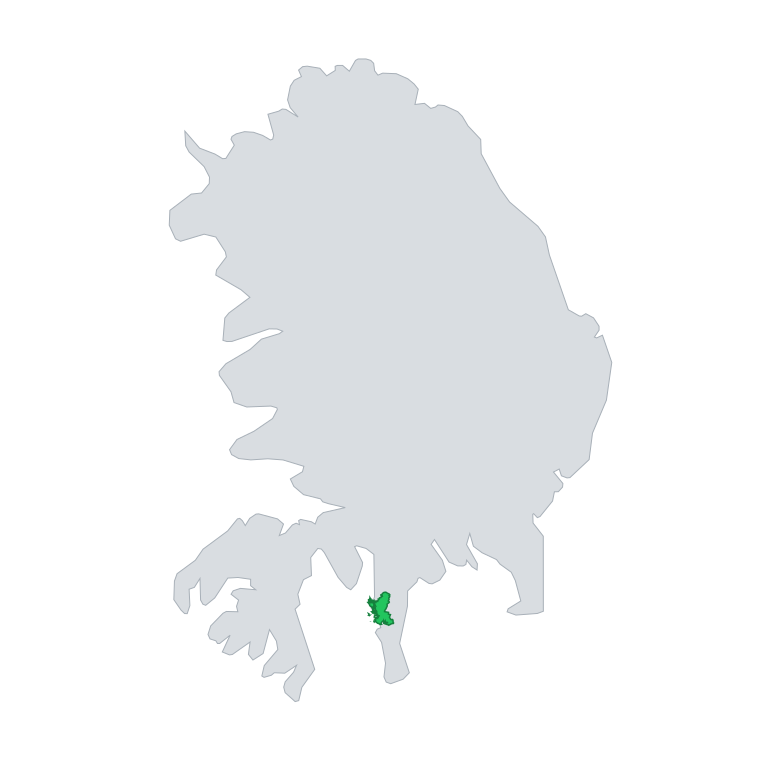 location of Helgafellssveit, Vesturland, Iceland, rotated 274°
{"feature_id": "244011B42475995928988", "entity_name": "Helgafellssveit", "entity_type": "district", "adm_level": 2, "iso_a3": "ISL", "parent_name": "Iceland", "parent_adm1": "Vesturland", "projection": "orthographic", "projection_center": [-22.792, 64.982], "detail": "fine", "context": "in_parent", "style": "filled", "palette": "green", "viewbox_px": 768, "rotation_deg": 274, "n_neighbors": 0, "source": "geoboundaries", "source_scale": "gbopen_adm2", "svg_char_len": 9035}
<svg xmlns="http://www.w3.org/2000/svg" viewBox="0 0 768 768"><g transform="rotate(274 384 384)"><path d="M571.7,195.7L578.2,195.5L588.3,189.4L601.8,173.4L607.8,169.6L622.4,167.7L606.4,183.6L601.6,199.3L597.5,207.3L598.0,210.5L611.8,218.0L617.5,214.3L620.3,215.1L623.2,219.1L626.0,227.3L626.0,236.3L623.5,245.6L619.5,253.7L620.5,255.9L624.6,256.6L645.0,249.4L648.8,259.9L651.2,263.3L651.1,267.0L644.3,279.7L653.2,271.1L660.7,268.0L674.6,269.8L680.7,273.2L684.9,280.2L691.2,276.9L694.9,280.7L695.7,285.2L694.5,298.0L687.4,305.3L693.4,313.5L697.5,313.1L698.5,315.1L698.9,320.5L693.6,327.6L704.8,333.0L706.4,335.4L707.0,343.4L705.9,348.2L703.2,351.3L695.8,352.8L691.7,356.4L694.0,361.0L694.4,374.6L690.1,386.5L685.4,393.1L680.5,397.6L665.0,395.4L666.8,404.8L662.2,411.4L663.9,416.1L666.1,418.4L666.0,424.8L660.8,438.6L656.4,443.5L647.3,449.8L634.7,463.4L620.5,464.9L587.2,485.9L574.3,496.6L552.0,526.6L542.0,534.8L524.2,540.0L470.9,562.7L465.5,574.0L465.4,576.4L468.2,580.4L464.6,588.4L456.6,594.5L452.7,594.8L445.5,590.6L444.8,592.9L447.9,598.5L421.4,609.7L383.4,607.0L349.5,595.4L322.9,593.9L303.6,576.0L303.1,573.1L304.8,567.4L311.4,564.7L308.0,559.2L297.2,569.4L293.6,569.3L288.7,565.4L288.4,561.5L279.0,560.3L262.7,548.9L261.4,546.3L265.1,542.3L264.4,541.5L255.7,542.4L243.3,553.5L168.4,558.8L165.8,553.0L162.7,531.7L165.3,522.7L168.4,523.5L177.1,535.6L197.1,528.7L205.1,524.1L212.4,512.3L216.7,508.5L222.5,493.6L228.4,484.5L240.9,480.0L229.6,477.5L211.2,489.7L204.9,489.8L207.8,484.5L214.1,478.7L209.7,478.3L208.0,475.7L207.7,470.2L210.9,461.3L232.4,445.2L227.3,442.2L212.3,454.5L201.4,458.8L192.3,453.4L188.0,446.0L188.2,442.8L193.4,433.3L192.5,431.5L188.9,430.6L179.2,422.0L164.0,422.9L126.3,417.7L97.7,429.4L90.9,423.7L85.5,411.6L86.8,407.0L91.8,404.4L105.6,405.0L126.1,399.6L135.4,392.7L139.0,394.4L140.7,397.8L153.2,392.6L159.9,386.5L171.1,389.4L213.3,385.8L218.7,377.6L220.7,368.0L219.7,366.0L204.4,375.1L200.8,375.0L182.9,370.4L176.4,365.2L178.5,360.9L187.9,351.7L211.7,336.2L215.0,333.0L215.3,329.4L205.8,323.0L187.8,325.0L183.2,317.3L168.3,312.7L158.4,315.6L153.2,311.0L94.5,334.8L75.7,323.2L62.2,321.0L61.0,317.5L69.2,306.9L74.6,305.1L80.0,306.2L90.2,313.9L97.3,316.4L88.6,305.2L88.3,294.7L85.6,291.9L83.0,284.8L84.2,282.5L94.8,284.2L111.7,296.6L120.1,294.6L131.0,286.9L106.7,282.2L99.5,272.5L104.8,267.6L117.3,268.4L103.6,251.6L103.0,248.7L105.4,241.4L122.7,248.0L113.7,238.2L113.5,236.0L116.1,234.2L117.6,228.2L121.9,225.9L130.6,228.0L144.1,239.4L146.1,242.6L146.6,254.1L151.9,252.4L158.3,254.0L163.6,246.1L167.2,248.0L170.1,255.0L169.8,270.4L173.5,265.0L179.9,264.6L180.8,251.9L179.5,241.7L158.8,230.1L150.8,221.6L151.7,218.7L155.7,216.1L177.2,214.0L167.9,209.0L165.7,203.9L149.4,205.8L141.2,203.7L141.1,201.1L144.3,197.3L154.2,189.4L172.8,188.7L180.3,190.8L195.0,208.1L206.6,215.0L226.5,238.3L239.2,247.2L239.9,249.5L237.8,252.2L233.1,255.5L240.6,259.4L245.3,265.4L245.7,268.1L242.0,287.2L237.3,293.5L225.5,290.1L228.5,296.1L237.0,302.4L239.0,306.0L237.8,309.5L241.8,308.4L243.1,310.3L241.5,321.2L239.5,325.1L246.5,327.2L251.5,332.4L258.0,354.0L260.7,337.2L262.2,331.1L265.0,328.7L268.0,311.5L275.6,301.2L282.7,297.2L290.8,308.8L296.3,309.8L301.2,288.6L301.3,273.3L299.0,256.4L299.5,244.3L302.9,236.9L307.7,234.5L318.4,241.2L327.8,257.6L341.8,275.3L351.2,279.4L352.8,278.7L354.1,272.7L351.5,248.7L355.0,235.7L365.6,231.9L381.1,219.2L384.8,218.6L393.2,224.9L409.2,248.1L420.2,258.6L426.9,276.1L429.6,279.3L431.4,273.5L431.0,265.6L415.9,229.4L415.4,224.4L416.3,220.3L438.7,220.6L444.0,224.3L461.1,244.2L468.0,234.9L480.9,208.6L486.1,209.0L499.8,217.9L504.8,216.5L518.9,206.0L520.9,194.1L512.2,171.1L514.3,165.9L527.4,158.7L542.3,158.3L560.0,178.5L561.8,188.7L571.7,195.7Z" fill="#d9dde1" stroke="#a8b0b8" stroke-width="1"/><path d="M145.6,398.6L145.8,398.2L146.5,398.5L147.1,398.9L147.7,399.7L147.6,399.9L147.9,400.0L146.4,400.4L146.5,400.9L147.1,401.0L146.9,401.4L147.0,401.6L147.6,401.8L146.7,402.1L146.4,403.2L146.2,403.4L146.4,404.1L146.1,404.2L145.6,403.3L145.5,402.6L146.2,400.9L146.4,400.8L145.8,400.4L145.2,400.5L144.1,404.4L144.2,405.1L143.7,405.6L144.4,406.6L144.6,407.2L145.2,407.8L145.4,408.7L145.7,409.2L145.8,410.1L146.3,410.2L146.5,409.8L149.1,409.4L149.7,408.9L149.7,408.3L149.4,407.9L149.6,407.1L151.7,405.7L154.4,406.5L154.6,404.5L156.5,404.5L156.9,400.8L157.1,400.7L157.1,400.4L158.0,400.5L159.8,401.6L162.8,402.7L164.6,402.4L166.1,404.1L166.8,404.5L167.5,404.1L167.8,403.3L169.7,404.1L170.5,403.7L171.3,403.8L171.6,404.3L172.6,404.5L173.2,403.9L173.4,404.4L174.2,404.5L175.2,403.3L175.3,402.3L176.2,401.0L176.4,400.2L176.3,399.3L175.9,398.1L174.7,396.9L173.8,396.7L173.4,395.6L172.3,395.9L172.9,396.9L172.1,397.2L171.7,396.6L171.7,396.3L170.7,395.8L170.3,394.4L169.3,394.1L169.0,393.3L168.5,393.7L167.6,393.0L166.8,392.9L166.8,392.6L166.6,392.3L166.8,392.1L166.6,392.0L166.7,391.6L167.2,391.3L166.4,391.6L166.6,391.4L166.5,391.1L165.9,391.1L166.2,390.6L166.4,390.2L166.1,390.2L166.0,389.9L166.3,389.7L166.1,389.6L167.4,389.2L167.2,389.0L166.6,389.3L166.8,388.7L165.6,389.3L165.9,389.7L165.6,389.6L165.7,389.9L165.2,390.2L165.5,389.9L164.9,390.0L165.1,389.7L164.7,389.7L165.1,389.5L164.9,389.4L162.7,390.7L162.8,390.5L162.6,390.3L162.8,390.2L162.3,390.4L162.4,389.9L162.8,389.9L162.7,389.8L163.2,389.4L163.6,389.7L163.8,389.4L163.6,389.2L164.7,388.7L164.9,388.2L165.2,388.4L165.5,388.2L165.5,387.7L165.3,387.8L165.5,387.0L166.7,386.7L167.1,386.2L166.3,386.6L166.1,386.4L166.2,386.2L166.4,386.0L166.3,385.7L166.0,385.9L166.0,386.4L165.7,386.4L165.9,386.6L165.7,386.8L164.4,386.6L165.4,386.3L165.6,386.0L165.1,386.3L164.9,386.1L165.4,385.5L166.3,384.9L165.5,384.9L165.8,384.4L165.1,384.1L165.5,383.6L165.2,383.3L164.7,383.7L164.7,383.4L163.1,385.0L162.3,385.1L161.5,385.7L161.3,386.0L161.2,386.7L159.6,388.0L157.3,389.0L156.7,388.4L156.2,388.9L155.9,388.7L156.0,388.4L155.8,388.3L155.8,388.0L155.5,388.4L155.6,388.2L155.3,388.1L154.9,388.5L155.1,388.6L155.0,388.9L156.2,389.2L156.1,389.4L156.8,389.0L156.9,389.4L157.5,389.3L157.5,389.5L158.8,389.1L159.3,389.8L160.0,389.1L161.7,388.5L160.4,389.3L160.9,389.3L160.4,389.6L161.0,390.2L160.8,390.4L160.4,390.3L160.7,390.6L160.5,390.9L160.3,390.9L160.5,390.6L160.4,390.6L159.8,391.0L158.5,391.0L156.9,392.5L156.1,392.7L155.7,392.3L154.7,392.6L153.9,393.5L153.6,393.2L152.6,393.5L152.4,393.7L152.6,393.7L152.5,394.1L152.2,394.3L152.6,394.4L152.6,394.9L152.4,395.3L152.0,395.1L151.7,394.5L150.8,394.5L151.3,393.5L150.7,393.1L150.2,393.3L150.3,393.1L150.1,393.1L149.9,392.4L149.4,392.3L149.7,391.9L148.0,391.9L146.2,392.4L144.9,394.3L144.6,395.5L143.8,397.4L144.1,398.2L144.4,397.8L145.2,397.8L145.8,398.2L145.6,398.6ZM156.6,390.9L155.6,391.0L155.5,391.8L155.6,392.1L156.6,390.9ZM146.4,390.5L146.1,390.8L145.9,390.9L146.3,391.2L146.2,390.9L146.8,390.6L146.4,390.5ZM155.1,389.9L154.8,389.5L154.4,390.0L155.1,389.9ZM168.3,383.9L167.7,383.7L167.6,384.0L168.3,383.9ZM168.9,384.7L169.3,385.2L169.8,384.9L169.5,384.9L168.9,384.7ZM150.4,392.5L150.1,392.0L150.0,392.6L150.3,392.5L150.4,392.5ZM168.1,385.6L167.8,385.8L168.5,385.6L168.1,385.6ZM154.5,391.9L154.3,391.7L154.0,392.1L154.5,391.9ZM167.1,390.8L167.4,390.5L166.8,390.9L167.1,390.8ZM155.1,389.1L154.7,389.1L154.5,389.3L155.1,389.1ZM167.3,385.8L166.6,385.8L167.1,385.9L167.3,385.8ZM152.7,393.1L152.9,392.9L152.7,392.8L152.7,393.1ZM152.2,390.7L152.6,390.5L152.7,390.4L152.2,390.7ZM152.0,391.2L151.7,390.9L151.6,391.1L152.0,391.2ZM167.5,383.8L167.4,383.6L167.2,383.7L167.3,383.8L167.5,383.8ZM150.9,390.5L150.7,390.4L150.3,390.5L150.9,390.5ZM146.1,387.1L145.7,387.1L146.1,387.1ZM163.2,384.8L162.9,384.8L162.7,385.0L163.2,384.8ZM156.4,389.8L156.2,389.7L155.9,389.9L156.1,390.0L156.4,389.8ZM166.4,387.8L166.2,387.8L166.0,388.0L165.9,388.1L166.4,387.8ZM166.9,388.0L167.0,387.8L166.7,388.0L166.9,388.0ZM151.9,385.5L152.1,385.7L152.0,385.3L151.9,385.5ZM153.9,391.6L153.5,391.6L153.9,391.6ZM155.7,390.1L155.7,389.9L155.4,390.0L155.7,390.1ZM146.7,391.2L146.4,391.3L146.7,391.2ZM155.9,392.2L156.1,392.1L155.8,392.0L155.9,392.2ZM152.9,385.2L153.0,385.1L152.7,385.1L152.9,385.2ZM148.4,391.5L148.3,391.4L148.1,391.5L148.4,391.5ZM168.0,387.9L167.7,387.9L168.0,387.9ZM167.4,386.1L167.7,386.0L167.3,386.1L167.4,386.1ZM167.8,385.1L168.1,384.9L167.8,385.1ZM167.1,386.0L166.9,386.0L167.0,386.2L167.1,386.0ZM167.9,385.2L168.1,385.2L167.9,385.2ZM165.4,389.7L165.2,389.7L165.4,389.7ZM153.7,384.8L153.8,384.6L153.6,384.7L153.7,384.8ZM165.8,388.1L165.8,387.9L165.7,388.0L165.8,388.1ZM165.9,385.6L165.6,385.7L165.9,385.6ZM168.7,385.9L168.8,385.8L168.6,385.8L168.7,385.9ZM165.0,383.0L165.1,382.9L165.0,383.0ZM168.9,385.3L169.0,385.2L168.9,385.3ZM157.2,389.5L157.2,389.4L157.1,389.5L157.2,389.5ZM168.4,385.1L168.5,385.0L168.3,385.1L168.4,385.1ZM163.1,389.8L163.3,389.8L163.1,389.8ZM168.4,385.9L168.6,385.9L168.4,385.9ZM166.8,387.2L167.0,387.2L166.8,387.2ZM147.9,391.7L148.1,391.7L147.9,391.7ZM168.9,385.5L169.1,385.5L168.9,385.5ZM168.3,386.0L168.1,386.0L168.3,386.0ZM168.4,384.3L168.4,384.2L168.4,384.3ZM147.0,391.0L147.1,390.9L147.0,391.0ZM168.3,385.8L168.5,385.7L168.3,385.8Z" fill="#22c55e" stroke="#15803d" stroke-width="1.5"/></g></svg>